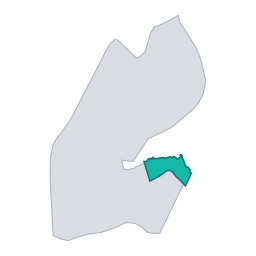 Djibouti, Arta, Djibouti (highlighted)
{"feature_id": "41766387B83981523687012", "entity_name": "Djibouti", "entity_type": "district", "adm_level": 2, "iso_a3": "DJI", "parent_name": "Djibouti", "parent_adm1": "Arta", "projection": "equal_earth", "projection_center": [43.007, 11.493], "detail": "fine", "context": "in_parent", "style": "filled", "palette": "teal", "viewbox_px": 256, "rotation_deg": 0, "n_neighbors": 0, "source": "geoboundaries", "source_scale": "gbopen_adm2", "svg_char_len": 1901}
<svg xmlns="http://www.w3.org/2000/svg" viewBox="0 0 256 256"><path d="M190.5,169.3L182.3,186.4L171.8,208.3L159.8,233.2L152.4,233.4L146.6,231.9L142.6,227.7L134.4,223.1L125.2,222.8L116.4,227.1L101.5,232.4L88.1,234.2L77.3,237.1L68.3,240.6L60.2,238.8L53.2,235.6L51.7,209.1L50.1,180.4L50.3,158.0L52.8,145.6L55.0,140.8L67.7,123.7L72.1,116.7L86.6,88.5L99.1,64.3L108.4,46.2L111.2,42.6L115.1,39.2L117.9,40.2L135.9,57.6L139.1,57.1L145.1,51.7L150.6,33.1L154.5,26.3L156.1,26.5L167.7,21.2L178.2,15.4L179.5,21.5L195.4,46.5L200.6,58.8L205.9,81.4L203.1,94.0L199.0,102.1L192.9,109.5L171.7,127.4L148.1,138.8L133.0,161.6L121.8,160.1L123.5,168.8L127.7,169.7L134.2,168.1L147.2,161.4L158.8,158.3L171.2,158.0L182.5,160.9L190.5,169.3Z" fill="#d9dde1" stroke="#a8b0b8" stroke-width="1"/><path d="M143.9,161.4L149.9,181.1L159.5,176.0L167.3,170.5L169.5,170.3L172.6,172.1L176.1,176.7L179.3,179.4L185.5,185.9L191.3,173.2L190.7,172.8L190.0,171.3L189.6,169.3L189.2,168.6L187.5,167.0L186.2,167.0L185.9,166.8L184.8,164.8L184.6,164.1L183.6,160.1L182.6,158.8L182.0,157.4L181.9,156.8L182.2,156.0L182.1,155.5L181.7,155.0L181.0,154.6L180.1,154.9L180.0,155.0L179.8,155.3L179.9,155.6L181.0,155.7L181.2,156.0L181.3,156.4L181.1,156.8L179.8,157.7L178.3,158.3L177.1,159.0L176.5,159.0L176.1,157.8L175.3,157.3L174.0,156.7L173.2,156.6L172.7,157.6L172.4,157.8L171.8,157.7L171.1,157.0L170.3,156.8L168.4,157.1L167.8,157.2L167.1,157.7L166.3,158.4L164.9,157.8L164.2,158.3L163.7,157.7L163.3,157.5L161.1,157.8L160.4,157.8L159.6,158.2L158.8,158.1L158.1,158.2L156.4,158.8L155.6,158.7L155.0,159.0L154.7,158.8L154.6,158.3L154.3,158.2L153.9,158.6L153.8,158.1L153.5,158.0L153.2,157.4L152.9,157.3L152.8,157.6L153.1,158.4L152.7,158.8L152.0,158.7L151.6,158.2L151.4,158.2L150.9,158.7L150.6,158.9L150.2,158.7L149.5,158.9L149.1,158.6L148.5,158.7L147.6,159.6L147.2,160.5L146.9,160.9L145.6,161.6L143.9,161.4Z" fill="#14b8a6" stroke="#0f766e" stroke-width="1.5"/></svg>